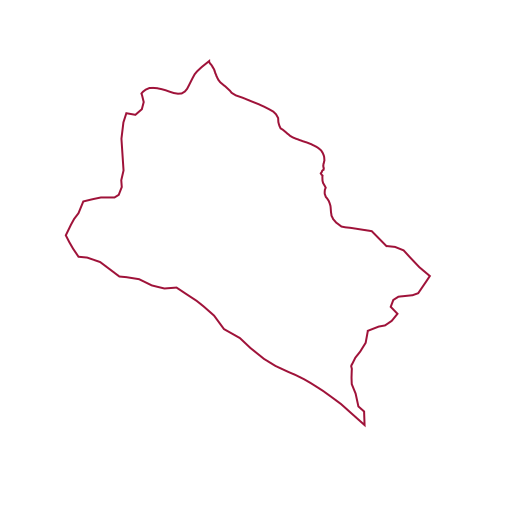 As Sawd, Hajjah, Yemen, rotated 133°
{"feature_id": "15242507B88487972581206", "entity_name": "As Sawd", "entity_type": "district", "adm_level": 2, "iso_a3": "YEM", "parent_name": "Yemen", "parent_adm1": "Hajjah", "projection": "equal_earth", "projection_center": [43.734, 15.824], "detail": "fine", "context": "isolated", "style": "outline", "palette": "rose", "viewbox_px": 512, "rotation_deg": 133, "n_neighbors": 0, "source": "geoboundaries", "source_scale": "gbopen_adm2", "svg_char_len": 4143}
<svg xmlns="http://www.w3.org/2000/svg" viewBox="0 0 512 512"><g transform="rotate(133 256 256)"><path d="M154.6,160.6L159.5,167.1L159.8,167.3L159.3,179.1L158.9,188.3L171.1,206.3L174.0,210.1L176.2,213.6L176.7,218.6L176.9,220.0L176.4,224.8L175.8,226.1L175.4,227.3L175.0,228.3L173.9,229.6L173.1,230.7L172.1,231.8L169.8,234.3L168.6,235.7L167.2,238.1L166.1,240.4L165.4,243.2L165.2,245.2L164.5,246.5L163.7,248.1L162.5,249.3L160.6,250.8L158.5,251.6L158.0,253.0L156.8,256.9L156.6,257.1L155.6,258.7L154.3,260.0L152.9,261.4L151.8,262.2L151.8,263.6L151.4,265.0L149.6,265.2L148.6,265.7L147.8,265.7L146.8,265.4L146.0,266.1L145.5,266.3L145.3,266.7L145.1,267.1L144.9,267.6L144.3,268.0L144.0,268.5L143.6,268.7L142.7,269.4L142.1,269.7L141.7,269.8L141.3,270.1L141.0,270.3L140.3,270.7L139.7,271.0L139.4,271.2L139.1,271.6L138.6,272.0L138.3,272.4L137.9,272.8L137.6,273.1L137.3,273.5L136.8,274.1L136.5,274.6L136.2,275.2L136.1,275.3L135.9,275.8L135.7,276.2L135.4,276.9L135.2,277.4L134.9,278.1L134.9,278.6L134.6,279.3L134.5,279.9L134.4,280.5L134.4,281.2L134.4,281.8L134.5,282.7L134.5,283.7L134.6,284.2L134.7,285.0L134.9,286.0L135.0,286.6L135.3,287.3L135.4,287.9L135.5,288.3L135.6,288.6L135.9,289.5L136.2,290.4L136.4,291.2L136.4,291.5L136.6,292.0L136.8,292.4L137.0,292.8L137.2,293.6L137.5,294.1L137.7,294.8L137.9,295.2L138.2,295.9L138.3,296.3L138.5,296.7L139.0,297.6L139.2,298.0L139.3,298.4L139.8,299.3L140.1,300.0L140.4,300.6L140.6,301.3L141.0,302.1L141.3,302.8L141.6,303.4L141.8,304.0L142.0,304.7L142.2,305.0L142.4,305.5L142.8,306.4L143.2,307.2L143.3,307.6L143.4,308.0L143.8,308.9L144.0,309.4L144.1,309.9L144.3,310.4L144.4,310.9L144.6,311.7L144.7,312.4L144.9,313.0L144.9,314.0L144.9,315.0L145.0,315.8L145.1,316.2L145.1,316.7L145.1,317.4L145.1,317.9L145.3,321.7L145.4,322.7L145.6,323.7L145.9,325.0L144.9,327.5L143.9,329.3L142.8,331.0L140.0,333.9L138.7,338.0L138.6,341.8L139.7,346.4L141.3,352.0L142.4,355.2L143.0,357.1L143.1,357.4L146.0,364.8L149.4,373.8L152.3,380.3L153.1,384.1L153.3,385.5L153.2,385.8L153.1,386.3L153.0,387.1L152.9,387.6L152.9,388.3L152.9,388.8L152.9,389.5L152.9,390.2L152.9,390.9L152.9,391.5L152.9,392.1L152.9,392.3L152.9,392.7L152.9,393.7L152.9,394.3L153.0,395.0L153.1,395.7L153.1,396.5L153.2,397.5L153.2,398.4L153.3,399.3L153.3,399.8L153.3,400.6L153.3,401.1L153.1,401.9L153.1,402.4L152.9,402.9L152.9,403.5L152.8,403.9L152.5,404.5L152.4,404.9L152.1,405.8L151.8,406.4L151.6,406.9L151.4,407.6L151.2,408.0L150.8,408.5L150.7,409.0L150.4,409.5L150.2,410.0L150.1,410.4L149.8,410.8L149.4,411.5L149.2,412.0L148.9,412.3L148.8,412.8L148.5,413.1L148.3,413.6L148.1,414.0L147.9,414.6L147.8,415.3L147.5,415.8L147.4,416.7L147.1,417.1L147.0,417.9L146.8,418.4L146.7,419.0L146.6,419.6L146.6,420.5L146.3,421.8L146.0,422.6L145.4,423.2L154.2,424.5L156.4,424.7L158.0,424.8L160.8,425.0L161.5,425.0L164.9,424.8L168.8,423.8L172.3,422.8L176.7,421.5L180.7,420.4L182.3,420.3L184.2,420.2L187.8,421.2L190.5,423.7L192.9,427.3L194.6,430.9L195.6,433.2L196.4,435.1L198.4,438.9L200.3,442.0L200.6,442.6L203.0,445.6L205.8,448.5L209.5,450.1L212.9,450.7L215.3,450.6L216.2,448.9L220.0,443.1L226.5,439.6L235.0,440.5L240.0,448.2L248.7,444.1L262.0,434.4L283.8,411.2L292.5,406.2L297.1,401.2L304.9,398.1L309.7,399.4L318.9,409.3L324.7,413.4L327.5,415.3L333.9,419.5L345.8,415.0L352.9,414.3L359.2,412.7L370.6,409.2L373.2,402.0L375.4,394.8L377.6,385.3L372.3,378.4L366.7,365.8L364.2,342.0L364.1,341.8L359.9,336.4L352.7,325.7L348.6,312.2L345.5,306.6L342.2,300.8L333.3,292.6L331.6,282.3L329.3,268.9L328.6,259.9L328.2,246.0L331.3,229.6L327.0,211.7L327.1,197.4L325.8,179.9L323.1,166.6L318.6,152.9L316.1,146.0L313.4,137.0L311.6,129.2L309.0,115.3L308.0,107.5L306.3,92.8L306.0,78.6L305.6,61.3L296.0,70.9L296.2,78.5L288.7,89.3L284.4,98.6L279.8,103.2L275.0,107.4L273.2,108.9L271.6,111.3L269.9,112.0L269.7,111.9L262.6,114.0L254.9,114.6L244.7,116.6L235.0,122.8L234.5,123.2L223.9,118.1L218.8,114.3L210.9,112.5L201.8,113.1L201.3,122.8L194.5,125.6L188.7,124.1L187.0,122.7L186.4,122.2L186.0,121.8L178.3,115.1L178.0,114.8L172.6,112.0L158.2,114.2L157.0,114.4L152.1,115.2L152.8,128.8L152.5,133.7L152.1,140.1L151.9,143.1L151.2,151.9L154.5,160.4L154.6,160.6Z" fill="none" stroke="#9f1239" stroke-width="2"/></g></svg>